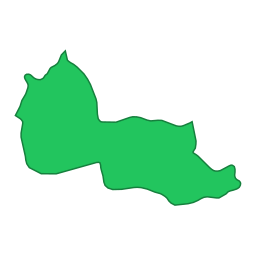 outline of Dowa
{"feature_id": "MWI-1908", "entity_name": "Dowa", "entity_type": "District", "adm_level": 1, "iso_a3": "MWI", "parent_name": "Malawi", "parent_adm1": "", "projection": "albers", "projection_center": [33.856, -13.529], "detail": "fine", "context": "isolated", "style": "filled", "palette": "green", "viewbox_px": 256, "rotation_deg": 0, "n_neighbors": 0, "source": "natural_earth", "source_scale": "10m", "svg_char_len": 1859}
<svg xmlns="http://www.w3.org/2000/svg" viewBox="0 0 256 256"><path d="M192.1,121.7L196.0,141.0L195.9,144.1L195.3,148.2L194.0,150.2L193.0,152.0L193.3,152.9L196.4,154.9L198.1,156.2L209.5,167.5L211.6,169.3L213.7,170.6L215.7,171.1L217.8,171.1L220.3,170.6L229.3,165.8L231.1,165.1L232.5,165.3L234.3,166.6L235.0,169.2L235.0,172.0L234.7,174.5L234.7,176.1L235.5,178.3L236.9,179.7L239.3,181.0L240.3,182.3L240.6,183.3L240.4,185.0L239.8,186.3L239.2,187.3L237.9,188.3L236.6,189.0L233.0,190.2L230.5,190.8L228.9,191.4L227.8,192.0L227.4,192.5L227.1,192.8L226.0,193.9L219.0,197.9L216.4,197.9L207.2,196.8L203.9,197.3L201.0,198.6L197.9,200.4L193.4,202.4L188.1,203.7L174.9,205.1L171.1,203.1L168.9,201.0L167.6,199.0L166.8,197.9L164.8,196.2L161.6,194.2L160.0,193.5L154.9,192.1L147.4,189.1L141.2,187.6L137.2,187.3L133.8,187.5L121.6,189.3L112.7,189.5L108.0,188.0L105.1,185.4L103.9,182.1L103.0,175.9L101.4,170.2L100.8,167.7L100.6,165.1L100.0,162.9L98.7,162.3L96.4,162.5L56.2,173.8L41.2,173.7L29.3,167.6L26.8,163.8L25.8,160.0L25.4,156.4L21.1,137.1L21.1,133.1L22.7,123.7L22.7,121.7L21.5,119.9L20.3,118.7L15.4,115.5L20.1,106.3L21.9,100.5L25.0,95.3L25.9,93.6L27.9,87.7L28.1,86.2L28.1,84.8L27.6,83.5L27.0,82.3L25.7,80.1L25.1,79.0L24.6,77.7L24.6,76.3L25.3,75.1L26.6,74.3L28.8,74.2L30.3,74.8L31.5,75.7L32.4,76.6L34.2,78.1L35.1,78.6L35.9,79.0L37.1,79.4L38.6,79.6L40.2,79.7L41.7,79.1L43.4,78.1L45.2,75.3L47.3,73.7L50.1,68.5L51.2,67.4L54.9,65.5L57.1,63.8L58.2,62.5L59.1,60.6L61.4,54.9L65.3,50.9L67.4,60.1L68.6,61.3L70.6,62.7L73.5,64.3L77.1,67.1L83.9,73.9L87.5,79.1L90.4,84.5L96.0,98.9L96.8,102.5L97.4,114.2L98.2,118.7L99.6,120.7L101.0,121.8L102.8,122.0L116.0,122.2L129.9,117.4L132.7,116.8L136.7,116.9L140.7,117.7L147.1,120.1L150.7,120.9L157.9,120.3L161.8,120.4L176.3,125.9L178.9,126.3L181.0,126.3L182.7,125.9L189.8,123.0L192.1,121.7Z" fill="#22c55e" stroke="#15803d" stroke-width="1.5"/></svg>